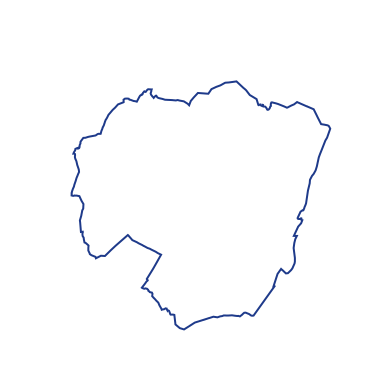 outline of Åseral nor, Vest-Agder, Norway, rotated 116°
{"feature_id": "86288312B2212467057349", "entity_name": "Åseral nor", "entity_type": "district", "adm_level": 2, "iso_a3": "NOR", "parent_name": "Norway", "parent_adm1": "Vest-Agder", "projection": "robinson", "projection_center": [7.403, 58.684], "detail": "fine", "context": "isolated", "style": "outline", "palette": "blue", "viewbox_px": 384, "rotation_deg": 116, "n_neighbors": 0, "source": "geoboundaries", "source_scale": "gbopen_adm2", "svg_char_len": 5644}
<svg xmlns="http://www.w3.org/2000/svg" viewBox="0 0 384 384"><g transform="rotate(116 192 192)"><path d="M309.3,162.1L309.2,162.1L309.2,161.9L308.8,161.3L308.9,160.5L310.0,159.3L310.2,159.1L311.4,157.9L311.6,157.5L310.5,155.3L310.2,154.0L318.3,148.8L319.7,143.3L319.0,138.9L308.1,132.2L299.1,122.7L298.0,121.6L297.9,121.4L297.7,121.2L294.7,118.1L293.5,114.2L291.4,112.1L290.3,110.5L289.1,109.4L287.1,105.2L285.8,102.9L285.2,101.7L284.4,99.2L283.6,96.9L283.1,96.2L282.8,94.4L280.4,93.2L278.9,92.7L277.6,92.1L276.9,90.8L276.8,88.7L276.7,87.8L276.7,86.8L277.1,85.0L276.9,83.8L276.1,82.5L240.6,76.5L240.6,76.8L240.7,77.0L241.6,77.0L241.6,77.3L228.1,79.2L222.1,78.2L222.5,77.1L222.4,76.9L224.0,71.9L222.9,70.2L218.8,68.7L216.7,68.3L211.3,68.5L209.5,69.0L206.2,70.6L197.8,76.1L192.9,77.7L189.1,78.5L185.5,78.5L186.8,81.2L176.5,81.4L172.3,80.2L169.0,80.5L169.1,80.9L169.2,81.1L169.1,81.5L168.9,81.8L168.2,81.9L167.8,82.1L167.8,82.4L168.1,82.7L169.0,83.3L169.3,83.8L169.4,84.1L169.6,84.7L169.6,85.2L169.5,85.4L169.4,85.5L168.9,85.7L162.1,85.8L160.0,84.7L160.0,84.2L159.5,83.9L157.4,84.0L156.5,84.2L154.1,84.3L152.2,84.5L139.9,88.4L132.6,90.0L129.6,91.2L129.1,91.3L124.9,91.2L122.5,90.6L119.1,90.4L118.2,90.4L114.3,91.0L113.1,91.3L105.4,93.2L104.5,93.3L101.5,93.6L97.2,93.9L87.2,94.7L84.0,94.4L74.5,95.5L72.8,97.8L72.6,99.2L73.5,102.7L74.4,105.7L69.8,111.8L68.3,113.7L64.3,118.9L64.5,123.5L64.6,125.0L64.6,126.2L64.7,126.3L65.0,133.7L65.0,134.8L65.1,135.7L65.1,137.0L66.9,137.9L68.5,138.7L70.7,140.6L72.7,142.1L73.7,142.8L74.6,143.6L74.7,146.7L75.1,152.2L75.2,153.4L75.6,155.8L75.9,157.1L76.2,158.6L76.2,158.8L76.3,159.1L76.4,159.4L76.5,159.6L76.7,159.9L77.1,159.9L77.4,159.9L77.7,159.9L77.9,159.7L78.4,159.7L79.2,159.4L79.8,159.1L79.9,158.9L80.0,158.8L80.7,159.0L81.3,159.1L82.3,158.9L82.8,158.9L83.4,159.0L84.1,159.2L84.4,159.4L84.8,159.7L84.9,159.9L84.9,160.0L85.0,160.2L85.0,160.5L84.9,160.7L84.7,160.9L84.3,161.3L84.2,161.6L83.9,161.9L83.7,162.4L83.6,162.6L83.4,163.0L83.2,163.6L83.2,163.9L83.3,164.1L83.5,164.5L83.7,164.9L83.9,165.3L83.9,165.7L83.7,166.1L82.8,166.2L82.6,166.3L82.6,166.5L82.7,166.9L82.9,167.0L83.7,167.0L83.8,167.1L84.0,167.1L84.0,167.8L83.9,168.5L83.8,169.2L83.8,169.4L83.7,169.4L83.9,169.7L84.1,169.9L84.7,170.1L84.7,170.5L80.2,174.7L79.5,182.6L76.8,188.0L76.3,189.7L76.1,190.5L76.0,191.1L73.1,200.5L77.4,206.9L79.0,209.7L79.4,210.2L83.7,213.2L86.8,216.2L91.0,219.6L96.5,220.4L96.9,221.3L100.4,230.1L106.3,231.9L110.7,233.0L115.3,232.6L114.6,234.5L114.1,239.1L115.3,243.4L115.6,245.1L115.8,245.4L116.8,246.7L118.2,250.4L120.9,256.7L121.3,259.4L122.1,262.8L122.2,263.7L122.1,264.7L121.1,266.3L121.5,266.9L124.2,267.7L123.7,268.6L123.6,269.2L122.5,271.4L121.5,272.4L119.1,272.8L118.4,273.1L117.5,273.2L118.9,276.5L119.6,276.9L121.0,277.3L122.1,277.4L122.4,277.6L122.6,278.5L122.5,279.0L124.4,279.5L125.9,279.3L126.3,279.5L126.1,279.8L126.3,280.0L127.4,280.3L127.5,280.4L127.6,280.6L128.3,280.9L128.5,280.9L129.3,281.0L135.0,281.2L135.3,282.9L135.8,284.4L136.1,287.7L136.2,288.0L136.4,288.8L135.9,289.8L136.5,291.4L137.5,293.2L139.0,294.0L141.2,292.8L141.5,293.0L145.7,296.9L149.9,298.1L153.0,299.3L159.3,300.9L162.8,300.9L163.2,301.0L164.0,301.0L164.5,301.1L164.8,301.2L167.4,301.0L168.0,300.8L168.8,300.8L169.8,300.6L170.5,300.5L172.6,300.5L172.9,300.6L174.6,300.3L176.8,300.2L179.7,299.6L180.0,300.0L180.6,301.4L180.9,301.8L181.2,302.1L182.1,302.7L182.7,303.0L183.1,303.2L183.5,303.5L186.9,308.1L188.0,309.5L190.0,311.6L191.0,313.4L194.7,314.1L195.8,314.2L196.6,313.9L196.8,313.7L197.1,313.6L197.5,313.5L197.9,313.5L198.4,313.6L200.1,313.2L200.9,313.1L200.9,312.8L201.3,312.7L202.1,312.7L202.2,312.8L202.4,313.0L203.0,313.5L202.8,313.9L202.5,314.1L202.6,314.3L203.6,315.0L204.1,315.5L204.3,315.7L205.8,315.3L206.2,315.3L206.6,315.4L207.8,315.5L208.2,315.5L208.5,315.5L209.5,315.4L209.2,314.8L209.2,314.6L209.2,313.8L210.2,313.2L211.4,312.8L212.2,312.4L213.2,311.5L213.4,311.3L213.9,310.7L214.3,310.2L215.0,309.4L218.0,307.0L218.3,306.7L219.1,305.9L219.6,305.4L220.7,304.3L221.6,303.5L223.5,302.3L226.0,302.2L228.5,302.0L229.0,302.0L230.2,301.9L233.1,301.4L237.2,300.9L238.8,300.5L241.7,300.4L243.0,300.2L243.3,300.2L244.5,300.0L245.1,299.8L245.6,299.8L246.6,299.3L246.6,299.2L247.9,298.7L247.6,297.2L247.2,296.6L246.6,296.0L246.6,295.8L245.8,294.1L245.1,291.4L248.3,287.5L250.4,284.3L254.6,282.5L254.8,282.5L255.1,282.5L255.5,282.5L255.8,282.5L256.5,282.6L262.0,281.1L266.7,280.3L268.2,279.3L276.6,274.3L276.1,273.6L275.8,273.1L275.6,272.8L276.3,272.4L277.0,272.4L278.3,271.8L279.6,270.9L280.3,269.7L280.6,269.3L281.9,268.5L284.5,266.5L284.4,265.3L285.2,262.3L285.5,261.5L287.6,260.7L290.1,259.5L290.8,258.6L291.3,258.0L292.0,257.1L292.6,256.6L292.9,254.7L292.6,250.3L293.7,249.3L289.2,245.9L287.7,242.2L279.8,239.4L273.8,237.1L258.8,230.8L258.9,230.3L259.9,228.0L260.9,225.6L261.4,224.6L261.3,219.4L261.4,218.6L261.5,217.1L261.5,215.4L261.5,214.3L261.5,213.1L261.7,211.9L261.6,211.4L261.8,207.4L261.5,205.1L261.6,203.2L261.6,198.4L261.9,196.0L261.9,194.9L261.9,193.0L261.9,192.3L273.6,193.0L278.1,193.3L284.1,193.9L290.0,194.5L290.2,194.3L290.3,194.0L290.7,193.1L291.1,193.1L292.5,193.7L294.0,193.9L295.7,194.2L300.0,195.1L300.1,194.4L299.9,192.5L299.0,191.5L298.7,189.9L298.9,189.5L299.1,188.6L300.0,187.8L300.0,187.1L300.1,186.8L300.5,186.1L300.4,185.6L300.0,183.9L300.8,182.9L303.1,182.1L303.2,181.9L303.4,181.3L303.8,180.5L303.8,180.1L304.1,179.7L304.4,178.6L305.3,176.5L306.2,173.8L308.3,171.4L308.9,170.4L309.4,169.8L310.2,168.5L311.1,167.6L310.8,167.3L310.6,167.1L309.5,165.6L309.0,165.3L308.2,164.8L308.1,164.2L307.9,163.7L308.4,163.2L308.7,162.9L309.3,162.1Z" fill="none" stroke="#1e3a8a" stroke-width="2"/></g></svg>